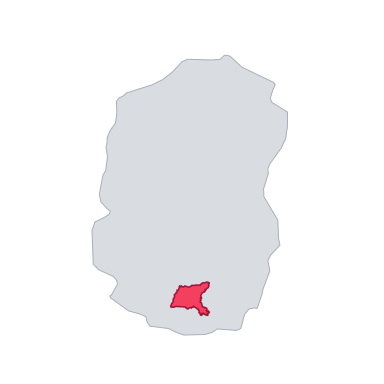 Debartsa, Debarca, North Macedonia (highlighted), rotated 292°
{"feature_id": "65306769B78023528365293", "entity_name": "Debartsa", "entity_type": "district", "adm_level": 2, "iso_a3": "MKD", "parent_name": "North Macedonia", "parent_adm1": "Debarca", "projection": "natural_earth1", "projection_center": [20.818, 41.302], "detail": "fine", "context": "in_parent", "style": "filled", "palette": "rose", "viewbox_px": 384, "rotation_deg": 292, "n_neighbors": 0, "source": "geoboundaries", "source_scale": "gbopen_adm2", "svg_char_len": 2662}
<svg xmlns="http://www.w3.org/2000/svg" viewBox="0 0 384 384"><g transform="rotate(292 192 192)"><path d="M173.8,103.2L179.9,103.9L193.1,100.4L201.3,95.5L205.5,94.8L211.1,92.9L219.1,93.2L227.3,95.3L237.6,92.5L247.8,88.0L251.8,89.1L256.3,93.0L259.2,94.0L276.2,114.6L285.5,122.9L296.4,129.2L308.9,133.8L313.4,138.2L321.5,160.0L325.4,168.3L330.7,170.8L331.9,173.2L332.2,176.3L326.4,191.7L324.2,226.1L322.8,228.9L316.5,228.7L308.3,229.5L305.1,232.1L301.9,250.6L288.6,255.9L276.6,258.9L266.3,258.3L248.4,253.9L242.5,253.4L237.5,255.9L221.6,257.2L214.5,260.5L198.1,282.1L181.4,289.6L175.7,293.4L163.0,288.6L156.8,288.1L148.0,293.7L128.6,294.2L123.4,295.2L108.4,296.0L107.8,293.1L105.0,288.7L98.1,286.6L83.8,288.4L80.4,285.2L74.5,266.8L70.0,263.8L64.8,257.6L56.2,237.7L56.0,228.9L56.6,221.3L51.8,203.3L54.8,198.8L59.2,196.0L59.3,188.7L58.0,177.8L63.3,156.3L64.8,154.7L66.1,155.8L78.9,157.5L82.2,154.7L84.2,150.5L84.9,134.8L88.0,127.5L118.8,113.7L127.8,113.2L134.8,119.5L140.3,123.6L143.6,123.5L144.8,119.4L148.5,111.5L154.9,107.0L173.6,103.2L173.8,103.2Z" fill="#d9dde1" stroke="#a8b0b8" stroke-width="1"/><path d="M77.4,215.8L77.7,216.0L78.0,217.7L80.1,220.3L80.2,221.3L81.2,223.4L81.1,224.1L82.1,225.8L82.2,227.4L82.9,228.8L81.8,231.0L82.1,232.1L82.7,232.1L84.4,234.0L84.5,234.8L84.3,235.0L85.1,235.4L85.6,236.2L86.7,236.3L85.5,240.9L85.6,241.9L85.1,241.9L84.2,243.4L83.2,243.5L83.2,243.9L82.9,243.9L83.0,244.2L81.4,245.7L81.8,245.8L81.6,246.1L81.9,246.2L81.6,246.7L82.4,246.7L82.0,247.3L82.9,247.5L82.7,247.6L82.9,247.9L83.8,248.4L83.2,249.7L83.2,251.9L83.5,252.5L83.8,251.9L84.7,251.8L84.8,252.3L85.2,252.1L85.3,252.6L85.9,252.7L86.0,252.9L87.1,253.1L87.3,252.1L87.5,252.2L87.9,251.4L87.2,250.8L87.4,250.8L87.3,250.0L87.6,249.7L88.8,249.9L89.8,249.0L89.8,247.4L89.4,247.3L89.8,245.9L89.4,244.8L92.4,242.6L93.0,241.8L93.0,240.7L94.3,240.5L94.7,240.9L95.4,240.7L96.0,239.8L96.5,240.4L97.2,240.7L97.6,240.3L97.6,239.5L98.6,239.5L99.1,238.9L102.1,239.2L103.6,240.2L103.9,241.0L105.8,241.4L106.2,241.0L106.2,241.5L108.0,241.7L108.6,242.4L109.5,242.8L111.5,242.8L111.7,242.4L112.4,242.3L112.9,241.6L113.6,242.2L114.3,241.9L114.3,240.2L113.8,239.1L112.0,237.2L112.1,236.4L111.6,235.7L110.2,234.9L108.5,234.4L108.5,233.3L107.3,231.5L107.4,230.6L106.3,229.3L105.4,226.8L102.9,225.3L102.5,224.0L102.2,220.5L101.3,220.1L100.5,219.5L100.9,217.6L100.0,217.4L100.1,216.3L100.5,216.0L100.2,215.8L99.6,215.6L99.1,215.9L96.8,216.1L95.2,215.6L95.3,215.1L94.2,215.5L93.5,215.2L92.9,215.4L92.7,215.0L91.6,214.9L90.1,214.1L88.0,215.2L85.8,214.6L85.2,215.1L83.9,215.2L83.3,215.6L80.2,214.9L79.6,215.1L78.2,214.9L77.4,215.8Z" fill="#f43f5e" stroke="#9f1239" stroke-width="1.5"/></g></svg>